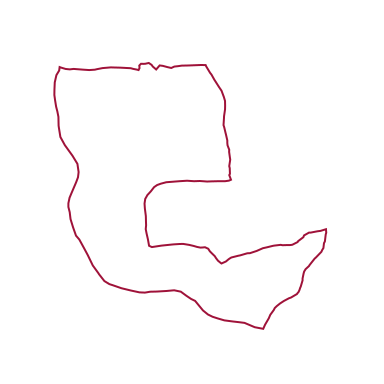 Kpi, Grand Kru, Liberia (Natural Earth projection), rotated 259°
{"feature_id": "62588387B64851496201268", "entity_name": "Kpi", "entity_type": "district", "adm_level": 2, "iso_a3": "LBR", "parent_name": "Liberia", "parent_adm1": "Grand Kru", "projection": "natural_earth1", "projection_center": [-8.139, 4.966], "detail": "fine", "context": "isolated", "style": "outline", "palette": "rose", "viewbox_px": 384, "rotation_deg": 259, "n_neighbors": 0, "source": "geoboundaries", "source_scale": "gbopen_adm2", "svg_char_len": 3041}
<svg xmlns="http://www.w3.org/2000/svg" viewBox="0 0 384 384"><g transform="rotate(259 192 192)"><path d="M129.9,316.4L129.3,310.7L129.5,307.6L129.5,300.7L129.8,299.1L128.0,293.7L126.4,292.7L123.5,286.8L122.7,286.1L121.1,280.5L121.1,279.3L121.3,277.5L121.9,274.4L122.5,270.7L123.2,269.0L123.7,262.4L123.7,260.9L123.4,254.8L123.3,250.9L122.2,246.0L121.8,244.3L120.9,237.2L121.3,234.6L120.6,227.1L120.6,225.3L120.2,218.1L119.5,216.2L118.9,214.9L117.3,212.0L116.2,207.3L116.7,206.8L119.6,204.4L122.4,203.0L124.7,202.1L128.0,199.8L130.4,198.2L133.2,197.1L135.3,194.2L135.5,191.9L135.8,189.7L137.1,186.5L138.7,183.4L140.6,179.2L142.7,173.5L143.3,170.1L144.0,164.7L144.2,163.0L145.2,151.7L145.4,146.8L145.6,142.1L147.4,139.6L153.9,139.7L160.0,139.5L164.4,139.5L168.1,140.6L171.3,141.1L177.2,142.1L184.9,142.6L189.7,143.2L194.2,144.8L196.5,146.8L197.4,147.5L200.5,151.7L204.0,155.7L205.5,159.1L206.1,162.9L206.5,168.6L205.9,173.8L205.0,181.7L204.0,189.3L202.2,196.1L201.3,201.8L199.9,207.0L199.4,208.8L198.8,212.7L197.5,220.4L196.3,226.4L196.1,230.4L196.6,232.6L201.5,231.8L202.6,232.7L208.2,233.6L210.3,233.5L216.5,235.7L219.0,235.8L224.3,236.1L226.4,236.6L231.0,235.8L233.3,236.0L235.9,236.5L242.2,236.3L243.7,236.2L248.9,236.0L250.2,235.9L251.6,235.7L258.5,237.5L260.2,237.9L266.8,240.2L270.5,241.0L275.1,241.8L279.2,241.4L285.8,240.3L289.5,238.7L294.6,236.7L298.1,235.3L303.6,233.5L305.5,232.5L312.6,229.9L314.0,229.6L315.0,224.8L316.9,212.5L318.0,206.1L318.2,202.2L318.5,198.6L317.7,195.3L319.3,191.7L321.4,187.4L322.4,184.4L321.3,183.0L319.1,180.2L320.0,179.5L322.7,177.4L324.5,176.6L326.9,174.2L326.8,170.4L327.1,168.6L327.6,166.4L326.2,164.4L323.6,164.1L321.9,162.8L322.6,161.4L324.1,157.7L325.2,155.5L327.7,145.5L329.3,138.3L329.8,136.2L330.7,127.8L330.7,122.1L330.6,120.0L331.3,114.4L333.0,108.0L335.4,99.3L335.7,95.4L336.9,91.4L339.1,87.2L339.9,85.9L336.6,84.8L332.6,81.2L325.8,78.2L318.7,76.5L313.5,75.4L308.1,75.1L301.7,74.9L296.7,75.2L296.0,75.2L291.2,75.2L282.5,73.7L280.5,73.6L271.1,73.3L262.3,76.1L250.4,81.6L241.5,84.9L233.2,84.5L228.2,82.9L224.1,80.4L222.3,79.2L219.8,77.5L214.5,73.9L209.7,70.7L204.5,68.5L200.9,67.8L195.5,68.1L190.1,67.7L188.5,67.6L180.1,68.5L171.3,69.8L166.9,72.3L157.5,75.3L150.1,77.6L138.8,80.6L130.2,84.6L128.9,85.1L121.3,89.0L117.6,93.0L117.0,93.9L115.7,96.3L115.4,96.8L111.0,104.4L107.0,113.1L103.5,121.3L102.3,126.3L102.2,127.0L102.1,131.9L101.0,138.4L99.7,148.1L99.0,155.0L98.9,155.8L96.3,162.0L91.3,166.6L87.2,170.7L84.5,174.3L79.5,177.0L73.6,180.2L68.7,184.3L65.6,188.4L63.0,193.1L59.8,199.3L59.2,201.1L57.2,207.1L55.4,212.8L53.5,218.6L47.3,227.8L44.1,235.8L47.8,238.4L53.4,243.3L56.5,245.4L60.6,249.8L62.3,251.1L63.8,253.4L65.8,257.2L67.5,261.4L69.2,266.9L69.5,269.0L71.8,275.5L72.5,276.2L73.5,277.5L75.3,278.8L77.3,279.9L78.4,280.7L84.2,283.7L85.9,284.0L90.7,286.0L92.5,286.9L94.6,288.8L97.0,292.7L97.8,293.4L99.1,294.9L103.3,299.8L103.9,300.9L108.6,307.6L110.3,308.8L111.9,310.3L116.6,311.8L118.1,313.0L124.9,315.2L126.4,316.0L129.9,316.4Z" fill="none" stroke="#9f1239" stroke-width="2"/></g></svg>